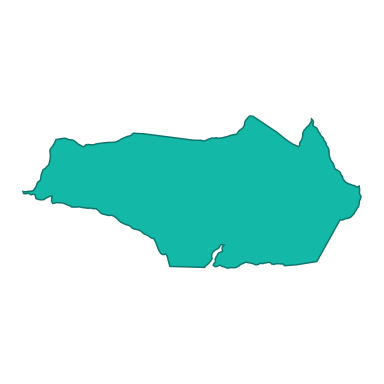 Ipueiras, Ceará, Brazil (Albers equal-area conic projection)
{"feature_id": "56859067B3436475805377", "entity_name": "Ipueiras", "entity_type": "district", "adm_level": 2, "iso_a3": "BRA", "parent_name": "Brazil", "parent_adm1": "Ceará", "projection": "albers", "projection_center": [-40.906, -4.57], "detail": "fine", "context": "isolated", "style": "filled", "palette": "teal", "viewbox_px": 384, "rotation_deg": 0, "n_neighbors": 0, "source": "geoboundaries", "source_scale": "gbopen_adm2", "svg_char_len": 4137}
<svg xmlns="http://www.w3.org/2000/svg" viewBox="0 0 384 384"><path d="M25.5,193.8L27.6,193.4L29.2,193.5L30.9,194.8L32.9,194.1L35.2,195.0L35.8,198.4L38.3,199.5L40.0,199.7L41.8,199.9L44.1,199.5L45.8,198.2L48.0,197.2L50.0,196.1L52.2,196.2L51.7,197.7L51.6,199.5L51.6,201.5L52.9,203.5L54.6,203.1L56.5,202.6L58.1,202.7L60.2,202.8L61.8,202.8L63.5,203.2L65.5,204.1L68.0,205.1L70.3,206.0L71.7,207.0L75.0,207.1L77.8,207.0L79.3,206.8L82.1,207.5L84.9,207.8L87.5,208.2L89.7,208.1L91.4,208.2L93.1,208.7L95.9,208.7L97.7,209.9L99.1,211.2L100.2,212.6L102.2,213.9L104.8,214.5L106.9,215.1L109.5,215.5L111.5,215.2L113.7,216.1L115.2,217.1L116.8,218.3L118.6,220.4L120.9,222.2L123.3,223.4L125.7,224.5L127.8,225.1L129.8,225.9L132.1,227.9L134.3,229.0L136.2,229.4L138.2,229.8L140.6,230.9L142.2,232.3L143.9,233.8L146.2,234.7L148.2,235.7L149.4,236.7L151.7,238.2L154.0,238.8L154.8,240.5L155.7,242.2L156.6,244.6L157.4,246.7L158.4,249.0L159.0,250.7L159.9,251.9L160.6,253.3L162.2,254.4L164.2,254.6L165.7,253.8L167.0,255.9L167.9,258.7L168.5,261.4L169.0,263.2L169.4,264.8L169.9,266.4L204.7,267.4L205.3,266.0L206.8,265.0L208.5,263.5L209.6,262.2L210.8,260.8L212.1,258.6L211.7,256.5L211.8,254.5L212.4,252.8L213.4,251.6L215.2,250.1L217.6,248.9L219.0,247.7L219.9,246.0L220.8,244.8L222.4,244.6L224.1,245.1L222.3,246.8L222.1,248.4L222.5,251.5L220.6,252.1L219.2,252.7L218.0,253.7L217.0,255.7L215.9,257.3L215.2,259.4L215.5,261.9L213.9,263.6L213.2,265.2L214.9,266.6L217.0,266.5L219.1,265.3L220.8,265.5L222.0,266.6L223.6,266.6L225.4,267.3L226.9,268.1L228.5,268.0L230.6,267.6L232.1,267.7L234.2,267.7L236.2,267.5L237.7,266.4L239.3,265.8L240.2,264.7L241.8,263.9L243.4,263.4L245.7,262.1L248.3,262.7L250.9,263.1L253.7,263.9L255.3,264.8L257.2,264.8L258.8,264.1L260.5,263.2L262.7,263.7L264.2,263.1L266.0,262.9L268.1,262.4L270.2,262.5L271.7,264.0L273.9,264.4L276.4,263.7L278.3,263.7L280.4,263.9L283.1,264.0L284.6,265.7L297.0,264.7L316.8,261.5L322.2,251.9L340.1,219.7L342.1,220.1L343.8,219.4L345.3,218.9L346.9,218.4L348.6,218.1L350.4,217.4L352.5,215.4L354.2,213.5L355.0,211.4L356.5,209.9L356.9,208.4L358.1,207.1L359.0,204.9L359.3,202.7L359.3,201.1L360.2,199.5L361.0,196.3L359.8,194.4L359.3,192.4L359.7,189.9L359.4,187.8L359.2,186.1L356.5,187.2L354.8,185.7L352.6,185.3L350.1,184.2L348.5,184.0L347.3,183.0L345.8,182.4L344.7,181.0L343.1,179.2L342.5,176.5L341.1,175.0L340.4,172.6L339.0,171.3L337.3,170.1L335.2,169.2L334.6,167.8L334.1,166.1L333.3,163.7L332.2,162.2L331.1,160.9L330.3,158.9L329.2,155.4L329.1,152.5L329.0,150.3L328.4,148.3L327.3,146.6L326.3,145.0L326.1,143.4L325.2,141.8L323.9,140.4L323.3,138.0L321.8,136.5L320.3,135.0L319.8,133.3L318.7,132.0L317.7,130.0L316.8,128.1L313.0,125.8L313.1,123.9L313.5,122.2L312.7,120.1L311.5,119.0L311.4,121.6L310.0,123.5L309.1,125.1L307.9,126.2L306.5,127.5L305.1,129.2L303.7,130.8L302.9,133.0L302.7,135.0L302.6,136.6L301.9,139.4L300.9,141.1L299.6,143.0L299.7,145.4L298.4,146.6L292.7,144.1L288.6,141.5L284.0,138.1L277.1,132.4L263.1,123.1L258.8,120.1L255.2,117.8L253.3,116.4L249.9,115.9L248.2,117.3L247.1,118.8L246.0,119.9L245.0,121.5L244.6,123.4L244.3,125.5L242.7,128.0L241.0,129.3L239.6,130.2L238.2,132.0L236.5,134.2L233.6,134.7L230.6,135.4L227.8,136.4L225.1,137.1L222.6,137.8L220.2,138.1L218.1,138.2L216.2,137.7L214.3,138.2L211.9,138.0L209.3,138.9L207.5,139.6L205.8,140.4L204.4,141.1L202.1,140.6L200.4,140.2L198.2,140.4L196.4,140.2L194.2,140.2L192.0,140.0L190.3,139.9L188.8,139.6L144.7,133.9L133.3,133.2L131.1,135.3L129.0,136.1L127.1,136.5L125.5,137.2L122.4,138.5L120.7,139.5L118.9,140.6L117.5,141.2L116.1,141.9L113.7,142.3L111.3,142.4L108.6,142.4L106.3,142.6L104.3,142.8L101.4,143.2L99.1,143.5L96.1,143.9L94.0,144.7L92.0,144.9L90.1,144.7L87.8,144.5L85.6,144.9L84.6,146.2L83.2,146.9L81.1,145.6L78.8,144.5L77.5,143.6L75.8,142.0L73.9,140.6L72.1,139.9L69.9,139.9L68.2,139.5L66.8,138.7L65.4,138.3L63.8,138.3L61.4,138.7L56.0,139.6L54.2,143.7L52.3,146.6L50.6,148.6L49.9,150.5L50.4,155.5L50.0,159.7L49.1,163.8L47.9,165.8L46.5,166.9L45.5,168.2L42.9,170.0L41.2,174.8L40.8,177.8L40.3,180.4L38.1,181.8L37.0,183.7L36.1,186.5L33.3,190.6L30.8,191.3L28.1,191.4L25.6,191.8L23.0,191.5L23.7,193.5L25.5,193.8Z" fill="#14b8a6" stroke="#0f766e" stroke-width="1.5"/></svg>